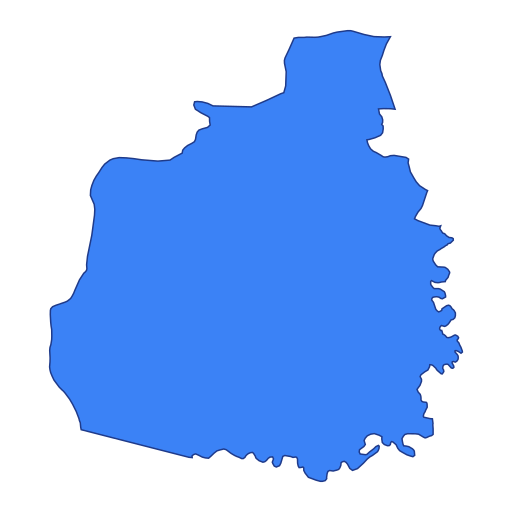 outline of Stueng Saen, Kâmpóng Thum, Cambodia
{"feature_id": "14789045B79526031906839", "entity_name": "Stueng Saen", "entity_type": "district", "adm_level": 2, "iso_a3": "KHM", "parent_name": "Cambodia", "parent_adm1": "Kâmpóng Thum", "projection": "orthographic", "projection_center": [104.889, 12.631], "detail": "fine", "context": "isolated", "style": "filled", "palette": "blue", "viewbox_px": 512, "rotation_deg": 0, "n_neighbors": 0, "source": "geoboundaries", "source_scale": "gbopen_adm2", "svg_char_len": 6042}
<svg xmlns="http://www.w3.org/2000/svg" viewBox="0 0 512 512"><path d="M192.2,457.6L192.0,456.0L193.5,454.6L195.6,453.9L198.6,455.2L202.3,457.1L205.4,457.9L208.6,458.2L211.0,456.1L214.0,453.2L216.9,450.9L219.7,450.0L223.8,449.0L226.2,449.7L231.1,453.4L234.5,455.4L236.6,456.4L239.1,457.3L241.7,458.6L243.2,458.6L244.9,457.4L245.9,455.7L247.1,454.5L248.5,453.5L250.4,452.7L252.4,452.4L253.5,453.3L255.3,456.2L255.8,457.8L256.5,458.6L259.1,460.7L262.9,462.2L264.8,461.7L266.5,460.4L268.2,458.3L270.0,457.1L272.6,456.9L273.5,458.9L272.3,462.2L272.9,463.7L274.3,466.1L276.3,467.0L279.5,465.7L280.8,463.2L282.8,456.4L284.8,455.5L290.6,456.5L293.0,457.4L295.5,457.0L296.6,457.3L297.5,458.9L297.6,463.2L298.2,466.0L299.1,467.6L300.7,467.5L302.9,467.0L303.7,467.8L303.8,470.5L305.2,473.2L308.4,477.3L316.2,480.2L320.3,481.3L322.5,481.3L325.2,480.6L326.7,478.7L326.6,477.4L327.1,473.6L327.9,471.4L329.6,470.5L333.2,471.0L336.8,470.1L338.7,469.4L339.8,467.9L340.8,465.5L341.1,462.7L342.3,461.8L344.2,461.3L346.0,462.3L347.5,464.1L349.8,468.4L352.5,470.4L357.5,468.6L363.4,463.2L367.4,458.9L370.0,456.8L372.5,455.4L377.5,451.7L378.3,450.3L379.0,448.5L379.2,446.2L378.4,445.4L375.9,446.6L373.7,448.8L369.5,452.0L366.9,454.4L365.5,454.7L360.2,454.0L359.2,452.0L359.5,449.7L363.9,446.5L365.3,444.5L364.1,440.5L365.2,438.2L367.3,435.8L370.6,434.2L374.3,433.6L379.1,435.2L381.9,436.7L381.8,439.0L382.3,442.5L384.3,444.5L387.4,445.7L389.2,445.6L390.3,444.6L390.7,442.6L391.5,441.6L392.8,441.9L396.1,444.7L397.8,448.3L399.6,450.6L402.2,452.2L406.9,454.8L410.4,456.0L412.9,456.7L414.7,455.3L414.3,451.1L413.5,449.8L412.3,448.7L408.9,446.7L406.3,446.1L403.7,445.8L403.0,444.2L402.4,441.3L402.0,438.6L403.3,436.3L404.8,434.5L407.6,433.7L415.4,433.8L418.6,434.2L423.6,437.2L425.1,437.9L426.7,437.5L429.4,436.2L431.6,435.6L433.1,434.4L433.1,428.9L432.8,424.7L433.0,423.5L432.4,418.8L429.9,418.6L423.8,417.2L423.3,416.2L423.9,413.6L425.1,411.7L425.6,410.3L427.2,407.2L427.1,404.3L426.9,403.1L426.2,402.3L423.3,402.0L421.9,401.4L421.0,400.0L421.0,398.0L420.8,396.1L420.2,394.3L418.2,392.1L417.0,389.4L420.0,385.3L421.5,381.3L421.5,379.3L420.1,376.6L420.9,374.8L424.8,371.8L427.9,370.0L429.6,366.6L429.8,364.7L431.3,364.8L432.8,365.4L435.9,368.3L436.5,369.5L437.4,370.5L441.2,373.8L442.3,373.9L443.8,371.6L443.6,370.0L442.7,368.4L442.9,366.5L443.5,365.1L444.9,364.4L447.0,364.1L448.2,364.5L451.3,368.0L452.8,368.3L453.9,367.3L453.7,365.9L452.1,363.0L452.3,361.8L453.5,361.5L455.3,362.1L456.8,361.2L458.0,359.4L458.2,358.2L458.2,356.8L457.9,355.5L456.9,354.1L455.0,352.0L455.1,350.7L456.2,350.6L458.4,351.5L461.0,353.2L462.4,352.1L462.3,351.0L460.9,347.2L459.7,345.0L458.9,342.9L457.3,341.1L457.1,340.0L458.0,339.0L458.6,337.8L457.8,336.3L455.6,335.0L454.5,335.1L451.5,336.8L450.2,337.3L448.2,337.7L446.7,337.4L445.5,335.8L443.8,334.5L442.7,334.0L442.3,332.1L441.7,330.4L440.6,330.5L439.6,329.0L439.8,327.4L440.6,326.3L441.4,325.5L444.6,326.4L445.9,325.9L447.8,324.5L449.2,322.8L451.1,319.9L453.1,319.4L454.8,317.8L455.4,315.6L455.4,312.9L454.2,310.7L453.4,309.7L452.2,308.9L451.0,306.9L449.9,305.7L448.6,305.2L446.6,305.7L442.0,308.8L441.7,310.4L440.2,311.3L438.7,311.9L437.3,311.0L435.8,309.3L433.5,302.4L431.7,300.0L431.9,298.4L432.9,297.3L434.6,296.9L436.8,296.7L439.1,297.2L440.7,298.4L442.3,298.8L445.6,297.0L445.6,295.7L445.0,293.1L444.3,291.7L440.3,289.1L438.4,288.6L434.2,288.6L433.0,287.6L431.2,285.2L430.7,284.2L430.7,281.5L431.5,280.6L435.0,282.4L438.0,282.7L439.5,282.5L441.4,282.0L445.3,281.6L445.5,280.5L448.1,277.3L448.7,275.3L449.7,272.8L449.5,271.8L447.8,269.3L445.9,267.9L444.9,267.3L443.3,267.1L437.6,266.8L436.5,265.6L435.7,264.9L433.3,261.2L432.8,259.7L432.8,258.4L434.3,254.4L435.3,253.0L437.3,250.9L439.9,249.5L440.8,248.8L444.2,246.8L445.8,245.5L447.1,245.0L447.7,244.0L448.7,243.5L450.3,243.1L453.3,240.2L453.2,238.6L451.9,237.8L448.8,237.4L447.6,236.4L446.6,235.9L445.1,234.1L444.2,233.5L443.1,233.3L442.1,232.2L441.2,230.7L440.5,229.9L439.8,228.3L440.7,225.8L439.1,226.3L435.5,225.7L429.9,225.1L417.9,220.6L414.5,218.8L415.5,216.4L418.0,212.1L421.0,208.5L422.5,205.5L426.8,192.5L427.6,190.6L425.4,189.5L419.6,185.7L416.2,181.8L413.8,177.9L410.4,171.9L409.2,166.9L408.1,162.9L408.6,159.1L406.0,157.4L394.1,155.4L390.4,155.7L387.8,156.7L384.9,157.1L383.2,156.8L381.1,155.4L376.3,152.6L373.4,151.3L370.6,148.9L368.7,145.7L367.5,142.7L366.9,139.8L369.0,139.5L374.9,137.8L380.6,135.3L382.6,132.7L383.2,128.9L383.1,126.0L381.7,124.4L382.6,122.5L382.7,119.9L381.8,116.8L379.5,114.0L378.5,108.9L383.6,108.6L390.4,108.7L395.1,109.2L390.5,95.6L385.3,82.4L382.4,76.1L381.9,73.5L380.7,70.7L379.8,64.5L380.4,60.3L382.3,55.5L384.0,50.1L386.4,43.9L390.4,36.7L384.2,37.0L373.9,36.6L364.1,34.5L352.9,31.2L350.6,30.7L347.3,30.7L337.1,32.1L333.3,33.0L326.4,35.4L320.8,36.6L318.1,37.1L314.8,37.3L306.8,37.1L304.3,37.4L298.4,37.4L294.1,38.1L289.1,49.4L285.1,57.8L284.4,60.4L284.5,63.3L286.2,71.7L285.7,85.9L283.8,92.7L280.8,93.7L266.5,100.4L251.5,106.9L213.0,105.9L207.8,103.4L202.1,101.9L197.2,101.5L194.6,101.8L193.8,105.0L195.4,109.2L200.8,112.7L207.8,116.3L209.5,117.6L209.6,121.5L210.2,125.0L207.5,127.4L202.3,128.8L198.9,130.1L197.2,132.1L196.2,134.9L195.5,139.4L194.4,141.7L191.9,143.3L187.6,145.5L184.6,147.9L182.7,150.2L182.2,153.1L174.2,157.3L170.0,160.1L157.9,161.1L141.7,159.8L133.5,158.6L126.5,157.9L119.2,157.6L113.2,158.7L109.9,160.1L104.7,164.1L102.0,167.5L98.9,172.4L96.3,176.1L93.9,180.3L91.9,185.4L90.7,189.8L90.4,195.5L94.2,204.3L94.8,209.3L94.5,215.2L91.8,235.3L87.5,256.3L86.6,264.8L86.9,268.6L86.5,270.4L85.3,271.9L83.8,273.2L79.5,279.8L74.9,290.2L73.7,293.2L72.0,296.4L70.6,298.5L67.4,301.1L65.2,302.1L55.8,305.3L52.6,306.7L50.8,308.7L50.4,310.4L50.3,314.5L50.7,322.1L51.1,326.0L51.7,329.6L51.8,336.0L51.7,339.5L50.9,344.5L50.0,347.4L49.7,350.4L50.1,358.0L50.0,362.0L49.6,366.9L50.0,369.9L50.7,372.7L52.2,376.3L54.0,380.1L59.3,387.2L62.0,389.9L63.5,391.2L65.2,393.2L69.6,399.1L72.6,404.2L76.3,411.6L79.0,418.7L79.4,420.5L80.3,422.8L80.7,427.2L81.2,429.7L189.0,457.3L192.2,457.6Z" fill="#3b82f6" stroke="#1e3a8a" stroke-width="1.5"/></svg>